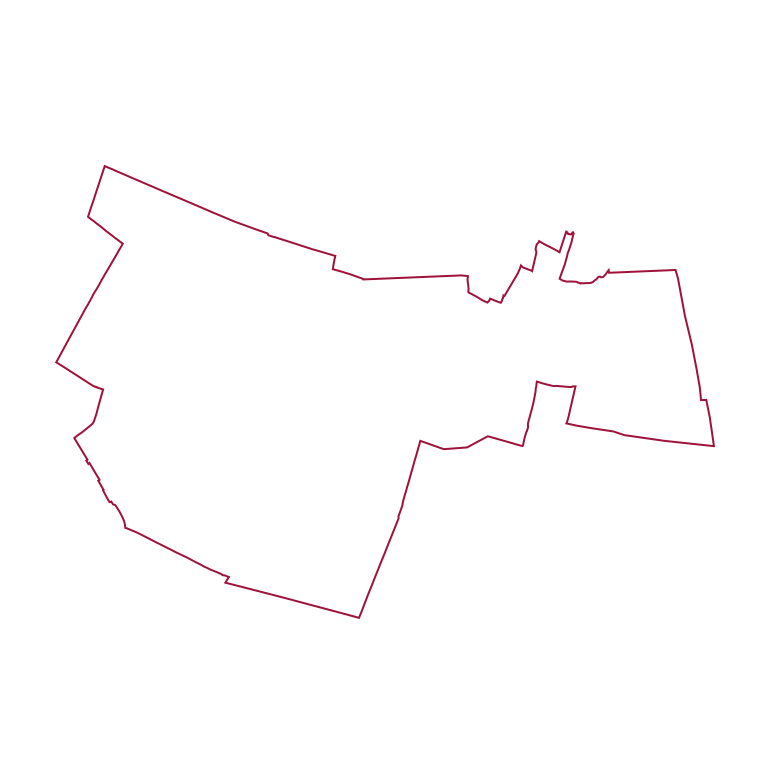 Poiana Mare, Dolj, Romania (Equal Earth projection), rotated 267°
{"feature_id": "2599482B19436472970368", "entity_name": "Poiana Mare", "entity_type": "district", "adm_level": 2, "iso_a3": "ROU", "parent_name": "Romania", "parent_adm1": "Dolj", "projection": "equal_earth", "projection_center": [23.107, 43.895], "detail": "fine", "context": "isolated", "style": "outline", "palette": "rose", "viewbox_px": 768, "rotation_deg": 267, "n_neighbors": 0, "source": "geoboundaries", "source_scale": "gbopen_adm2", "svg_char_len": 6025}
<svg xmlns="http://www.w3.org/2000/svg" viewBox="0 0 768 768"><g transform="rotate(267 384 384)"><path d="M304.7,710.2L315.2,709.3L333.7,707.6L351.2,705.0L351.3,699.8L364.0,699.2L383.6,696.8L407.1,693.5L436.2,688.1L473.4,683.2L473.7,683.2L482.6,681.1L483.3,614.6L485.9,614.3L484.8,613.3L483.2,612.1L481.6,610.8L480.5,609.6L479.5,608.5L479.3,607.6L479.2,607.1L479.2,606.7L479.2,606.2L479.4,605.9L479.7,605.6L479.8,605.4L479.9,605.2L479.9,604.9L479.9,604.5L479.8,604.3L479.8,604.1L479.7,603.8L479.6,603.6L479.2,603.2L478.6,602.7L478.0,602.1L477.6,601.6L477.2,601.2L477.0,600.8L476.6,600.1L476.1,599.4L475.5,598.7L475.1,598.2L474.8,597.5L474.3,596.5L474.1,594.1L474.1,592.2L474.1,591.6L474.2,591.0L474.2,590.4L474.2,589.9L474.1,589.3L474.1,588.3L474.2,587.6L474.4,587.0L474.4,586.7L474.3,586.3L474.2,586.0L474.1,585.8L474.1,585.5L474.2,585.4L474.3,585.2L474.4,584.9L474.6,584.7L474.7,584.4L474.8,584.1L474.9,583.6L475.1,583.2L475.2,582.9L475.2,582.7L475.7,582.2L476.0,581.4L476.1,580.8L476.2,579.7L476.5,576.9L476.5,575.8L476.7,575.1L476.6,574.4L476.7,573.5L476.6,573.1L476.7,572.4L476.8,572.0L476.9,571.0L477.3,570.1L477.8,568.2L479.5,565.4L479.9,564.9L486.3,567.5L488.1,568.3L489.5,569.0L490.5,569.2L491.5,569.7L493.1,570.5L493.9,570.8L495.1,571.2L496.4,571.6L502.0,573.5L504.3,574.1L505.2,574.3L507.5,575.5L512.7,577.5L516.8,579.0L518.5,579.4L522.1,580.5L524.5,581.3L525.6,580.8L525.5,580.1L524.6,579.9L524.3,579.2L523.8,578.9L523.6,578.7L523.7,578.4L523.6,578.2L523.6,577.8L523.7,577.7L523.8,577.6L523.8,577.4L524.1,576.6L524.1,576.0L524.2,575.6L524.4,575.3L524.8,575.3L525.6,575.2L526.0,574.7L526.3,574.4L526.4,574.2L526.9,574.2L527.3,574.2L527.5,574.2L506.4,566.2L509.8,560.9L515.2,551.5L518.5,546.4L518.2,546.3L517.1,545.6L516.6,544.9L515.3,543.8L515.1,543.7L513.8,543.3L513.4,543.2L512.9,543.0L512.3,542.8L511.7,542.6L511.1,542.6L510.6,542.5L509.6,542.6L508.9,542.8L508.1,543.1L507.5,543.0L507.0,543.0L498.6,540.6L492.1,538.7L490.8,538.4L489.0,537.8L489.1,537.7L489.7,536.7L490.3,535.3L490.7,534.3L492.2,531.0L492.7,529.8L493.3,528.7L494.1,527.9L495.2,527.0L493.2,526.2L490.3,524.9L488.7,524.0L487.7,523.6L465.6,508.9L466.2,507.9L463.2,507.2L462.4,506.6L461.5,506.2L460.4,505.9L459.0,504.9L460.1,502.1L463.7,494.4L462.1,493.7L461.9,493.5L461.4,493.0L459.9,491.6L460.1,491.2L461.8,487.8L463.2,485.5L466.3,481.1L470.8,473.6L471.0,473.3L471.2,473.1L473.3,473.2L474.7,473.5L476.6,473.3L478.4,473.3L482.0,472.9L483.1,472.9L484.7,473.0L487.2,473.5L487.3,473.5L487.5,472.8L488.4,466.8L489.5,368.8L490.0,368.8L495.3,356.1L498.1,348.5L499.6,344.1L500.5,341.3L501.3,338.9L507.1,340.1L511.7,341.3L514.5,342.1L514.9,340.8L521.2,322.9L522.0,320.4L527.3,306.5L531.4,295.8L535.7,284.3L535.7,284.2L535.8,284.1L536.0,283.8L536.1,283.7L536.2,283.3L536.4,282.9L536.4,282.6L536.4,282.4L536.3,282.2L536.5,281.7L538.1,277.6L538.2,277.3L538.3,276.9L538.7,276.3L539.3,275.9L540.0,275.8L540.3,275.8L540.5,275.5L544.4,265.9L553.8,243.7L559.5,231.9L564.4,221.6L564.5,221.5L572.4,205.5L577.6,194.9L580.1,189.8L585.9,177.9L589.6,170.3L592.4,164.8L596.5,156.4L599.1,151.1L603.5,142.2L606.3,136.6L610.5,128.1L612.6,124.1L615.2,118.5L616.2,116.5L614.9,116.0L608.2,113.4L600.2,110.3L594.5,108.1L592.3,107.2L586.8,105.1L583.6,103.9L575.2,100.5L574.1,100.1L566.5,97.2L566.3,97.3L566.1,97.6L564.9,98.9L563.7,100.3L561.8,102.7L560.5,104.1L558.7,106.2L556.8,108.4L554.7,110.9L553.5,112.1L551.4,114.3L549.1,117.1L547.2,119.3L546.5,120.2L544.9,122.0L543.7,123.3L543.3,123.9L541.2,126.4L540.0,127.8L538.5,129.6L537.9,130.5L536.0,129.4L533.2,127.5L531.4,126.3L528.8,124.7L527.5,123.8L520.7,119.4L517.5,117.3L515.3,115.8L512.7,114.1L510.4,112.6L508.1,111.0L505.5,109.4L502.3,107.2L501.8,107.1L501.0,106.5L499.0,105.3L496.3,103.6L493.3,101.6L492.2,100.8L488.4,98.2L485.6,96.6L483.9,95.6L482.2,94.6L480.0,93.2L479.3,92.8L476.0,90.5L443.8,70.7L425.7,59.6L424.2,58.7L422.9,57.8L422.3,58.6L418.1,64.6L399.9,89.8L398.9,91.3L398.0,92.5L397.2,93.7L396.7,94.8L396.2,96.3L396.0,96.1L393.2,103.2L377.6,97.9L369.4,95.3L361.7,92.3L359.7,91.0L354.9,84.6L350.7,78.7L350.5,78.1L347.8,74.0L347.1,73.0L346.4,72.2L346.2,71.9L323.9,83.9L323.1,82.7L319.6,84.6L320.5,85.8L319.6,86.2L303.1,94.9L302.4,93.6L293.0,98.4L292.7,97.8L291.1,98.5L283.6,102.0L280.4,103.7L280.3,104.2L280.9,105.4L278.9,106.6L278.0,107.1L277.8,107.4L277.4,108.8L277.0,109.4L275.0,110.6L270.7,113.0L265.6,115.4L262.1,116.8L259.7,117.5L256.5,118.0L253.9,118.1L253.8,118.4L253.6,119.1L249.0,128.7L246.9,132.5L237.8,148.2L233.5,155.8L226.5,168.0L221.0,178.2L215.7,187.0L212.8,192.2L211.1,194.8L210.7,195.5L209.5,197.9L207.5,201.4L206.8,203.1L204.8,207.3L202.8,211.4L201.4,213.2L201.4,213.5L201.3,214.2L201.2,214.9L201.0,215.4L200.8,215.8L199.7,218.1L199.4,219.0L193.9,215.2L175.2,274.7L151.8,346.8L157.9,349.7L175.5,357.5L184.4,361.7L188.5,363.5L206.6,371.9L215.1,375.9L225.2,380.5L248.7,391.4L249.4,391.6L250.3,391.5L251.3,391.6L254.5,393.0L260.1,395.3L261.1,395.8L262.4,396.2L263.5,396.3L264.9,396.7L266.1,397.1L266.6,397.1L272.6,399.2L274.3,399.8L275.4,400.2L277.3,400.9L279.1,401.4L280.3,401.8L281.4,402.3L287.8,404.5L292.3,406.0L293.5,406.4L295.1,406.9L297.5,407.8L305.6,410.5L313.2,413.2L317.4,414.6L325.3,417.3L323.7,421.2L317.1,437.1L315.8,440.4L316.3,463.6L326.3,484.8L326.3,485.1L326.2,485.4L326.1,485.9L319.4,505.4L318.0,509.5L315.7,516.1L314.8,519.0L315.0,519.3L315.4,519.5L316.0,519.7L320.3,520.9L323.3,521.7L328.6,523.6L328.8,523.8L329.1,524.1L329.6,524.3L332.4,525.3L333.7,525.7L334.2,525.7L334.6,525.7L335.3,525.6L336.4,525.6L337.3,525.8L338.1,526.0L351.5,530.4L358.0,532.4L368.7,535.0L370.4,535.2L371.2,535.2L371.9,535.4L372.8,535.7L373.9,536.0L377.2,536.5L378.4,536.9L376.8,541.1L375.3,545.5L373.3,552.3L373.1,553.4L373.0,554.3L373.1,556.0L371.6,566.7L371.2,570.2L371.2,570.4L371.2,570.7L371.2,571.1L371.3,571.3L371.3,571.5L371.6,572.1L371.7,572.3L371.8,572.6L371.8,573.1L371.7,573.6L371.6,574.0L371.6,575.1L346.4,567.9L343.0,567.0L337.0,565.0L335.1,564.1L332.3,574.3L329.1,588.6L324.6,610.6L320.4,621.2L312.6,660.8L308.0,689.4L304.7,710.2Z" fill="none" stroke="#9f1239" stroke-width="2"/></g></svg>